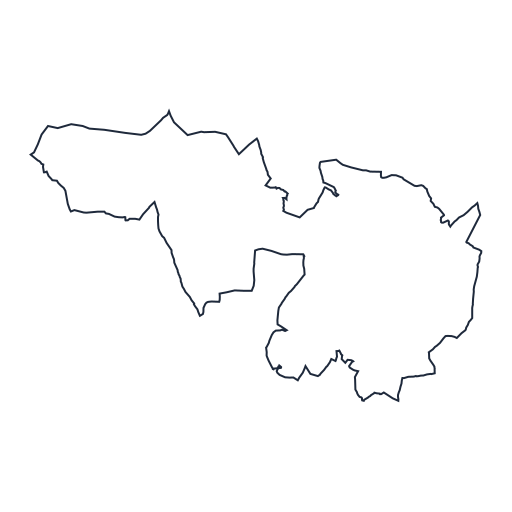 outline of Froland nor, Aust-Agder, Norway
{"feature_id": "86288312B48692676973437", "entity_name": "Froland nor", "entity_type": "district", "adm_level": 2, "iso_a3": "NOR", "parent_name": "Norway", "parent_adm1": "Aust-Agder", "projection": "orthographic", "projection_center": [8.423, 58.587], "detail": "fine", "context": "isolated", "style": "outline", "palette": "slate", "viewbox_px": 512, "rotation_deg": 0, "n_neighbors": 0, "source": "geoboundaries", "source_scale": "gbopen_adm2", "svg_char_len": 6094}
<svg xmlns="http://www.w3.org/2000/svg" viewBox="0 0 512 512"><path d="M477.3,203.1L474.6,205.6L472.1,207.3L467.5,211.9L463.6,215.2L459.0,217.5L456.5,220.1L454.6,221.5L451.1,225.4L450.3,226.6L449.0,224.6L448.8,223.9L448.9,221.8L448.8,221.3L447.9,220.5L443.1,222.7L441.9,222.7L441.1,222.2L441.0,220.7L440.7,220.1L441.1,218.5L441.0,217.6L444.0,215.3L443.9,214.7L439.1,208.8L437.4,207.5L434.8,206.8L433.4,203.8L430.7,201.0L430.7,200.7L431.1,198.4L429.2,196.0L427.3,191.5L426.8,189.1L425.5,188.3L423.2,185.9L421.3,185.2L416.8,186.1L414.5,185.8L403.6,179.3L402.5,177.7L396.1,175.3L391.6,175.1L386.4,177.3L383.9,177.8L382.3,177.8L381.2,177.2L380.9,175.6L381.0,171.8L370.2,171.6L366.0,170.3L362.8,170.3L351.1,167.4L342.8,164.8L340.5,163.2L336.2,159.7L320.7,161.9L320.1,162.5L319.9,163.2L319.5,166.0L319.4,167.9L320.6,170.9L320.9,172.7L322.3,176.9L322.6,179.1L323.2,180.4L323.4,182.5L325.5,183.1L333.8,187.1L334.5,188.1L335.8,190.7L335.5,191.0L335.3,192.5L337.1,194.1L338.3,194.7L338.2,195.1L336.4,196.2L336.1,195.8L335.5,195.7L334.4,194.7L333.5,194.2L333.3,193.6L332.6,192.5L331.0,190.4L328.7,189.4L325.9,187.6L324.9,187.3L324.5,187.8L323.3,190.3L322.6,192.5L318.9,198.5L318.5,199.5L318.0,201.9L316.5,203.4L314.1,207.3L313.9,208.0L307.6,209.8L299.7,217.4L286.4,212.7L283.3,210.9L283.9,209.6L283.3,207.7L283.9,206.1L283.9,205.3L283.5,203.2L283.7,202.5L283.8,200.9L283.3,199.9L283.4,198.8L283.0,198.0L284.7,197.9L286.5,199.3L286.4,197.9L286.5,197.0L286.7,196.8L286.8,195.8L287.2,195.4L287.3,194.0L287.7,193.6L287.4,193.3L285.3,191.4L284.6,191.5L283.3,190.0L280.9,189.4L279.5,188.0L277.9,187.9L276.5,188.6L275.7,187.2L274.6,187.6L270.3,187.7L265.6,185.4L270.7,178.5L267.9,174.8L267.5,171.8L266.4,169.8L266.4,169.3L263.8,162.1L262.8,158.4L262.7,157.9L263.0,157.2L261.2,153.8L261.2,152.5L260.7,150.0L259.4,146.5L259.2,145.0L258.1,141.2L256.8,138.6L249.2,144.5L238.9,154.2L233.9,146.7L233.5,145.8L227.9,137.0L226.0,134.3L215.1,131.8L204.1,132.2L201.2,131.7L187.6,135.1L174.0,122.3L170.6,115.6L169.0,111.2L167.9,113.9L167.2,115.0L163.1,117.8L161.0,120.3L149.9,130.9L145.6,133.7L141.2,134.8L125.2,132.9L104.4,129.8L89.4,128.6L82.7,126.0L71.2,124.2L57.7,128.1L48.0,126.0L41.6,134.5L37.8,144.4L34.0,152.4L30.7,154.6L37.9,160.5L39.4,161.2L40.7,162.5L41.4,163.8L43.3,164.5L43.0,166.9L43.9,172.3L44.9,172.3L46.7,171.6L48.6,176.0L51.5,179.1L52.3,180.2L56.9,180.7L58.3,183.0L60.9,185.6L63.7,187.9L65.4,190.8L67.8,203.9L69.7,209.3L70.9,211.5L74.4,210.1L83.7,212.5L86.4,212.7L97.4,211.7L104.4,211.7L105.9,213.4L108.9,213.9L114.6,216.6L118.7,217.2L122.4,217.4L124.9,217.0L125.3,217.2L125.4,220.1L125.6,220.4L127.8,220.3L129.6,218.8L135.2,218.8L139.4,219.6L143.1,214.2L149.1,207.7L149.3,207.0L150.3,206.0L154.5,202.0L156.2,207.5L157.0,209.5L157.6,212.1L158.5,214.6L158.0,217.0L158.0,221.2L158.2,225.1L158.5,228.5L159.5,231.4L162.2,236.2L164.1,237.8L166.6,242.9L171.5,250.1L171.6,252.9L173.3,257.8L173.7,258.4L174.1,260.1L174.3,262.7L177.6,270.1L177.8,271.8L178.4,273.2L178.6,274.3L179.5,275.8L179.8,277.1L180.6,278.6L180.8,280.9L180.8,281.6L181.4,282.8L182.4,286.6L183.9,288.9L185.5,292.0L189.8,296.9L191.6,300.3L194.2,303.5L193.9,304.3L195.1,306.3L197.4,309.3L198.3,312.1L199.9,315.8L202.9,314.0L203.4,312.0L203.5,307.9L205.2,304.1L206.5,302.6L208.0,301.9L211.5,301.5L219.2,301.8L219.7,299.9L219.8,296.8L219.6,293.6L226.6,292.3L234.7,290.4L243.8,290.8L251.7,290.8L253.7,285.8L254.3,280.2L253.6,271.6L253.6,268.7L254.3,263.7L254.2,262.4L255.1,250.5L258.5,249.3L262.6,248.7L271.4,250.9L281.0,254.2L283.1,254.5L286.8,254.7L292.4,254.1L303.3,254.3L304.2,256.0L303.7,256.2L303.9,257.4L303.8,258.8L303.5,259.8L303.3,262.3L303.4,265.6L304.2,268.8L304.6,274.6L303.6,275.6L296.8,284.3L294.9,286.1L294.5,287.0L291.0,291.0L288.8,292.8L286.2,296.5L285.5,297.2L284.6,299.0L281.8,302.9L281.5,303.7L278.9,307.5L278.3,310.9L277.4,320.4L277.6,324.4L281.0,326.4L286.7,330.2L285.1,331.0L282.0,329.7L280.2,330.4L275.8,330.6L273.5,332.3L271.8,335.0L269.4,340.7L268.8,342.9L266.7,346.9L266.1,347.6L266.7,352.2L266.6,355.4L266.9,356.5L268.6,360.6L272.1,367.5L272.6,368.1L272.8,369.0L273.5,369.3L273.8,368.6L276.8,368.3L277.9,367.9L278.4,366.5L279.1,366.1L279.3,365.5L281.1,367.0L281.1,367.5L280.9,367.9L278.8,368.1L277.7,368.9L276.7,371.2L277.3,372.7L279.6,374.9L285.1,377.3L289.5,377.6L293.4,377.5L297.8,380.3L299.2,377.7L302.8,372.7L304.6,368.5L305.5,366.1L310.4,373.9L317.9,376.1L320.1,374.6L320.4,373.8L324.1,369.9L326.4,366.7L327.1,366.3L329.9,362.2L331.3,359.0L335.5,361.0L335.9,360.1L336.4,358.1L337.0,356.7L336.5,351.1L338.3,351.0L339.2,350.6L339.4,351.2L339.8,351.3L340.2,352.4L340.8,353.3L340.9,354.0L342.0,355.0L341.8,355.1L342.1,355.6L341.7,359.1L345.3,362.8L347.6,359.8L351.2,360.2L352.7,360.9L353.2,361.3L352.0,362.0L349.1,366.1L349.4,366.9L349.8,367.6L353.0,369.7L354.6,370.4L358.1,371.2L354.9,377.1L355.1,379.4L355.4,389.6L357.0,392.3L357.2,393.3L358.0,394.9L359.6,396.9L361.4,397.4L361.7,397.8L362.0,398.2L362.0,399.9L362.2,400.4L363.8,400.8L364.2,399.8L368.1,397.5L368.6,396.9L370.3,396.0L370.9,395.2L374.0,393.3L374.4,392.7L376.7,393.3L379.7,393.6L379.9,394.1L381.2,394.1L383.8,392.5L392.7,398.3L398.3,400.8L398.4,399.2L398.0,397.0L398.0,395.0L398.8,392.3L399.7,390.2L400.5,386.7L401.5,383.5L401.8,380.5L402.4,378.0L404.0,378.1L408.3,376.8L413.8,376.6L415.9,376.0L416.3,376.3L418.0,376.2L420.9,375.6L423.4,375.5L427.0,374.4L430.7,373.9L431.3,374.1L434.7,373.3L434.6,369.3L434.7,368.5L434.5,367.9L434.4,366.6L433.4,364.9L430.4,360.6L429.2,358.4L429.0,353.1L428.8,352.3L432.9,349.3L435.0,346.9L436.7,345.8L440.0,342.9L443.5,338.3L445.5,336.1L447.4,335.9L451.6,336.1L454.6,336.9L456.8,338.0L461.5,333.2L465.4,330.2L465.9,329.1L466.2,327.6L467.8,325.0L468.9,321.9L470.6,320.1L472.2,318.1L472.2,308.0L472.5,306.1L472.9,304.6L472.8,303.8L473.1,298.7L473.8,291.7L473.7,289.4L474.2,286.2L476.8,276.7L477.4,272.1L477.7,267.9L478.0,267.0L477.5,265.3L477.6,264.4L479.2,261.6L479.6,258.5L479.5,256.5L479.9,255.3L481.2,252.9L481.3,251.1L479.2,249.7L473.4,247.5L472.7,246.2L469.9,244.5L468.6,243.2L466.7,242.6L466.3,242.0L480.2,215.0L479.4,211.9L478.3,208.8L478.0,205.7L477.3,203.1Z" fill="none" stroke="#1e293b" stroke-width="2"/></svg>